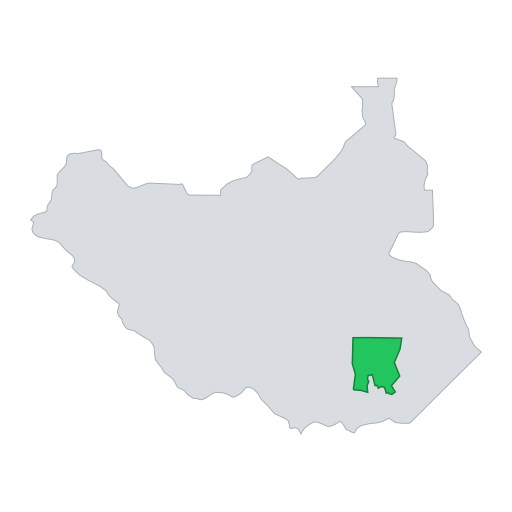 Lafon, Eastern Equatoria, South Sudan (highlighted)
{"feature_id": "79223893B81439496011559", "entity_name": "Lafon", "entity_type": "district", "adm_level": 2, "iso_a3": "SSD", "parent_name": "South Sudan", "parent_adm1": "Eastern Equatoria", "projection": "albers", "projection_center": [32.675, 5.157], "detail": "fine", "context": "in_parent", "style": "filled", "palette": "green", "viewbox_px": 512, "rotation_deg": 0, "n_neighbors": 0, "source": "geoboundaries", "source_scale": "gbopen_adm2", "svg_char_len": 4077}
<svg xmlns="http://www.w3.org/2000/svg" viewBox="0 0 512 512"><path d="M428.8,404.2L412.2,420.9L411.1,422.0L409.0,423.3L402.3,423.3L395.3,422.5L388.9,418.2L382.5,421.5L378.3,422.6L375.9,423.0L370.1,423.5L362.0,425.3L358.3,427.5L356.3,429.3L354.6,432.6L353.8,432.9L352.3,432.5L350.2,431.2L345.9,429.3L343.7,425.1L341.7,422.6L340.0,421.3L333.1,425.4L329.8,426.4L327.1,426.3L322.1,423.9L316.6,422.0L313.7,422.0L309.5,424.4L304.6,428.1L302.1,431.8L300.9,434.0L299.2,430.6L297.6,428.5L295.2,427.7L290.6,428.5L289.5,427.3L289.3,424.5L288.6,421.8L287.5,419.8L283.9,417.9L274.7,413.8L267.7,405.8L264.1,402.1L261.5,399.7L257.9,393.4L253.7,389.0L248.6,387.0L245.3,388.0L241.8,392.6L235.2,396.9L232.3,397.0L228.4,394.6L223.6,392.9L215.0,392.2L211.4,394.2L206.7,397.5L202.7,399.5L200.3,399.7L198.0,398.9L195.4,398.4L193.2,398.3L188.6,395.3L186.2,393.0L184.6,390.8L182.0,389.4L179.0,388.1L176.8,386.2L175.7,383.8L174.0,380.7L171.8,377.9L164.8,372.9L162.7,369.9L161.3,367.1L158.4,363.9L155.4,359.7L154.4,353.5L154.3,348.5L153.7,346.2L152.4,343.9L150.9,341.9L148.5,339.7L142.8,336.4L136.9,332.7L134.1,330.5L128.7,329.7L125.5,327.5L122.8,322.9L121.7,319.1L119.0,316.2L117.9,314.1L117.3,311.7L119.5,304.3L116.4,301.7L111.8,298.3L108.4,294.6L106.4,291.1L100.5,286.6L87.5,279.8L80.0,275.4L75.9,271.5L72.4,267.7L72.0,266.2L74.4,262.5L74.8,259.4L72.9,256.0L65.2,249.5L59.0,242.3L54.3,240.1L43.0,238.0L39.7,237.2L36.3,235.8L33.0,232.6L31.9,228.8L33.7,222.8L32.6,221.0L30.7,220.4L31.3,219.2L33.5,216.3L37.0,214.4L46.4,211.6L46.9,210.5L47.2,206.7L48.0,204.9L51.2,199.8L51.7,197.7L51.9,193.3L52.4,191.2L53.3,189.7L55.9,187.2L56.9,185.6L57.3,182.3L57.1,175.6L58.4,172.9L64.4,166.9L66.0,164.2L66.6,161.8L66.6,159.3L66.9,156.9L68.7,154.6L70.2,153.9L74.6,153.2L77.5,153.7L98.3,149.7L100.7,150.3L101.8,152.8L101.6,156.7L102.0,158.6L103.1,160.0L106.3,161.9L108.6,165.1L109.8,166.2L113.1,168.4L128.3,186.5L132.7,188.2L136.9,187.6L145.3,184.0L149.5,183.1L178.8,184.4L182.1,183.9L182.3,183.9L186.7,193.0L188.8,195.0L221.0,195.3L220.4,192.8L220.8,189.9L226.5,184.5L227.3,183.8L232.3,181.2L237.1,179.5L246.5,177.5L249.9,174.2L251.8,171.3L251.9,165.4L253.1,164.5L255.3,163.1L266.1,157.9L268.0,156.8L286.9,169.1L297.6,178.7L298.3,179.2L298.8,179.4L299.4,179.0L299.9,178.6L301.2,178.2L305.7,178.1L314.4,177.6L317.2,176.5L334.6,159.3L339.0,153.9L340.2,152.7L342.7,148.8L345.3,142.1L345.9,141.4L364.9,125.3L365.6,124.1L365.7,123.0L362.9,117.6L362.3,114.9L362.1,110.7L362.7,104.1L362.5,99.9L362.3,98.8L362.1,98.6L351.5,86.8L378.3,86.7L378.3,85.2L378.2,84.7L377.7,83.3L377.4,81.4L377.5,80.4L377.6,79.4L377.6,78.9L377.6,78.4L377.6,78.2L396.9,78.2L396.7,81.6L394.3,89.4L394.4,94.1L393.8,99.5L393.2,101.1L392.2,102.4L391.9,103.1L391.8,103.6L395.9,133.8L395.6,135.0L394.5,136.9L394.2,137.5L394.2,138.0L394.6,138.3L403.5,141.6L403.9,141.8L404.2,142.0L407.4,145.9L424.9,160.2L425.5,160.9L427.4,165.4L427.6,166.1L427.6,167.2L427.6,168.0L427.1,170.7L427.3,171.9L427.6,172.7L427.8,173.7L427.8,173.9L427.7,174.6L425.1,179.8L424.3,183.5L424.0,186.6L424.2,188.4L424.5,189.6L424.7,190.0L424.9,190.2L432.5,190.2L432.5,191.9L433.5,219.2L433.5,222.2L433.3,226.1L432.4,227.6L430.2,229.8L427.6,231.7L420.7,232.3L415.1,232.2L411.0,231.8L405.5,231.6L400.3,232.0L398.4,233.7L391.6,248.2L389.5,251.9L388.9,254.0L389.6,255.3L392.2,257.1L398.1,259.7L404.9,261.2L409.9,261.8L413.3,262.5L416.0,263.3L425.6,269.9L428.6,272.9L430.4,275.6L430.8,278.5L432.2,281.4L440.9,290.5L449.2,294.8L452.4,299.6L455.5,301.9L458.4,304.5L460.0,308.2L463.7,319.2L466.1,324.9L468.6,329.6L469.6,337.2L471.6,340.6L473.7,344.7L477.0,348.5L480.6,351.3L481.3,352.1L445.3,387.8L428.8,404.2Z" fill="#d9dde1" stroke="#a8b0b8" stroke-width="1"/><path d="M354.0,389.9L360.6,390.3L367.7,392.3L367.1,385.7L368.8,381.3L367.4,379.3L368.1,375.6L372.3,374.7L375.0,385.5L377.3,385.5L378.3,388.2L381.3,386.5L384.6,387.6L386.3,393.2L388.0,392.5L389.0,393.7L391.9,394.4L395.3,392.0L391.4,385.7L399.7,376.1L394.3,362.4L400.0,349.1L401.7,338.1L369.5,337.6L353.0,337.7L352.5,357.4L352.3,363.7L355.4,374.3L353.4,388.8L354.0,389.9Z" fill="#22c55e" stroke="#15803d" stroke-width="1.5"/></svg>